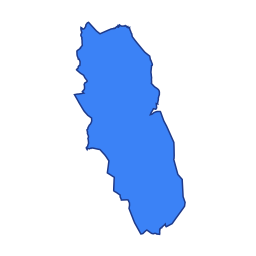 Morelos, Michoacán, Mexico, rotated 265°
{"feature_id": "50627088B83607479141313", "entity_name": "Morelos", "entity_type": "district", "adm_level": 2, "iso_a3": "MEX", "parent_name": "Mexico", "parent_adm1": "Michoacán", "projection": "mercator", "projection_center": [-101.41, 19.992], "detail": "fine", "context": "isolated", "style": "filled", "palette": "blue", "viewbox_px": 256, "rotation_deg": 265, "n_neighbors": 0, "source": "geoboundaries", "source_scale": "gbopen_adm2", "svg_char_len": 4973}
<svg xmlns="http://www.w3.org/2000/svg" viewBox="0 0 256 256"><g transform="rotate(265 128 128)"><path d="M165.9,77.6L158.7,80.9L158.2,81.1L157.7,81.3L153.4,83.4L151.5,84.3L148.7,85.7L148.1,86.1L146.9,87.0L146.1,87.6L144.1,89.1L142.6,90.9L142.4,91.1L142.2,91.3L141.1,92.6L140.3,92.5L138.4,92.5L137.5,92.2L137.2,92.1L136.6,91.8L135.5,91.0L135.0,90.8L134.6,90.2L134.2,89.7L131.7,88.1L130.5,87.9L129.9,87.0L128.7,87.0L127.5,87.4L126.7,87.1L126.3,87.1L125.7,87.2L123.5,87.9L123.2,87.9L121.9,87.7L121.3,87.2L120.6,87.2L119.8,87.4L116.3,87.4L114.6,86.6L113.1,86.1L112.7,85.5L112.2,84.8L111.3,84.8L110.1,85.4L110.5,85.6L111.0,85.8L111.1,86.2L111.0,86.9L110.6,87.6L111.1,88.9L110.9,89.4L111.2,89.7L111.1,91.2L108.9,98.3L106.7,99.9L103.3,102.5L101.4,103.7L98.4,105.3L96.9,106.1L91.7,105.0L85.1,103.5L80.1,110.0L79.2,110.0L78.8,109.8L77.3,109.6L67.1,108.3L66.3,108.6L64.8,110.8L63.8,112.0L63.7,112.1L61.9,114.3L59.9,114.2L59.5,114.4L58.0,114.9L57.1,115.1L56.8,115.1L56.6,119.6L56.6,120.3L56.5,121.0L56.4,121.2L56.1,122.0L54.8,122.3L53.5,122.9L51.0,122.8L50.1,122.6L47.8,122.0L46.4,122.4L41.9,123.7L37.9,124.9L36.7,125.2L32.9,126.4L29.1,128.1L21.3,131.6L21.4,132.7L21.6,133.7L23.1,135.5L24.2,137.0L24.7,137.9L22.5,140.5L21.7,141.4L21.0,142.3L20.6,143.3L20.4,144.0L20.5,144.5L20.7,145.0L20.6,146.2L20.3,147.0L19.8,147.5L19.7,148.7L19.3,150.2L20.0,150.4L22.9,150.6L23.4,150.7L23.8,150.7L23.9,151.0L24.3,150.9L24.5,150.9L24.8,151.1L25.5,151.8L25.5,152.4L25.6,152.7L25.8,153.1L26.5,153.3L27.9,155.4L29.0,156.7L28.3,156.7L26.7,157.2L26.4,157.3L26.3,157.5L26.8,158.7L28.9,163.6L30.4,164.9L33.0,167.1L33.6,167.6L36.0,169.7L42.8,175.6L45.1,177.5L49.0,178.4L49.6,178.2L51.5,177.7L53.3,177.3L54.7,176.9L54.9,176.9L72.1,177.5L73.3,176.6L77.4,173.6L82.3,172.7L92.9,170.8L93.6,171.2L95.9,171.5L96.0,171.5L96.6,171.6L105.3,172.2L109.7,172.4L123.6,167.6L127.0,166.4L127.4,166.2L131.9,164.3L135.2,163.4L140.9,161.9L141.6,161.6L141.8,160.1L141.9,158.4L141.6,156.9L141.1,155.4L140.8,154.8L139.9,153.5L139.5,152.5L139.3,151.4L140.3,151.9L141.8,152.7L142.8,153.5L144.0,154.4L145.0,155.0L144.3,157.3L144.8,157.7L145.2,158.0L145.6,158.3L148.0,158.3L149.8,158.3L149.6,158.7L149.5,158.9L149.5,159.5L149.4,159.7L150.1,159.6L153.6,160.7L154.8,160.8L155.3,160.8L156.1,161.2L156.6,161.3L157.4,161.6L158.3,162.1L160.7,162.4L162.1,162.3L163.6,161.6L164.4,160.8L164.8,160.4L165.5,159.6L166.0,158.9L166.4,158.5L166.6,158.2L166.9,157.9L167.2,157.7L167.4,157.5L167.8,157.1L169.1,156.2L170.5,155.1L171.0,155.3L171.4,155.5L174.2,155.6L174.3,155.6L174.5,155.6L176.0,155.9L177.9,155.8L179.6,155.8L180.6,155.7L181.6,155.7L183.3,156.0L187.8,156.9L188.1,156.9L188.2,157.2L188.4,157.6L189.2,157.8L189.4,157.8L190.8,157.4L191.9,157.1L192.3,157.0L193.1,156.8L193.4,156.7L193.5,156.7L193.7,156.3L197.7,155.9L199.2,154.3L199.6,153.9L200.7,152.7L202.2,151.2L203.2,150.5L206.2,148.4L206.9,147.9L207.8,147.3L212.3,144.2L214.9,142.5L218.6,140.2L221.6,139.9L221.7,139.7L222.9,139.3L223.0,139.3L223.4,139.2L223.7,139.1L223.9,139.1L224.1,139.1L224.3,139.0L225.1,138.7L225.8,138.5L226.6,138.4L226.8,138.3L227.1,138.2L227.8,138.1L228.0,138.2L227.8,137.0L228.4,136.9L228.6,136.8L229.0,136.7L228.6,135.8L228.8,135.7L229.3,135.6L229.6,135.4L230.0,134.3L230.3,134.1L230.2,133.9L230.0,134.0L229.8,133.8L229.9,133.2L230.0,131.8L230.0,131.7L229.9,130.9L230.0,130.7L230.4,129.8L230.5,129.6L230.8,129.1L231.2,128.8L231.5,128.6L231.1,127.9L230.9,127.3L231.1,127.0L230.9,126.9L230.7,126.8L230.6,127.0L230.4,127.3L230.2,127.3L230.1,127.5L229.9,127.7L229.8,127.8L229.2,127.1L229.3,126.9L229.8,126.2L230.0,125.9L230.0,125.6L229.7,125.2L229.1,124.5L229.1,124.4L228.6,124.1L228.7,123.9L228.7,123.3L228.7,123.2L228.7,122.9L228.3,122.9L228.3,122.5L228.3,122.1L228.2,120.7L228.1,119.6L227.8,118.9L227.4,117.5L227.3,117.2L227.2,116.9L225.2,111.0L224.3,108.3L227.3,105.1L229.6,103.3L229.9,103.1L230.8,102.4L236.7,97.9L236.3,96.7L235.6,96.1L235.2,95.7L234.7,95.3L234.3,95.0L234.1,95.0L233.8,94.9L233.2,94.8L232.8,94.7L232.1,94.1L231.9,94.0L230.9,93.2L230.7,92.8L230.4,91.7L230.6,91.6L231.1,91.1L231.4,90.9L231.9,90.5L231.9,90.3L232.2,89.9L230.5,89.7L229.9,89.9L229.4,89.8L228.3,90.1L227.0,90.3L225.8,89.5L224.9,89.2L224.2,89.1L223.6,89.3L222.7,89.7L222.5,89.8L221.9,90.0L221.4,89.8L220.3,89.8L219.3,89.9L217.0,89.7L216.0,89.7L215.4,89.7L214.4,89.7L213.8,89.2L213.5,89.0L213.2,88.7L212.1,87.5L211.6,87.6L210.6,86.0L209.8,84.6L209.1,83.8L205.2,83.6L203.9,83.8L202.7,84.2L200.9,84.5L200.9,85.2L198.5,86.0L197.6,86.0L197.1,85.9L195.5,85.7L195.0,85.6L194.5,85.4L194.5,84.8L193.5,83.8L192.2,83.6L191.4,83.0L191.4,82.8L191.4,82.6L190.5,81.8L189.4,82.7L189.3,82.9L188.9,83.3L188.7,83.5L187.5,84.6L186.4,85.8L185.6,86.9L184.4,88.4L181.7,89.5L178.7,91.4L178.2,91.4L177.6,90.9L177.0,89.9L176.8,89.1L175.2,88.1L173.3,88.3L172.3,88.2L171.5,88.2L170.2,87.8L168.3,85.7L167.7,86.2L166.8,86.8L166.6,87.0L166.3,84.1L166.2,83.2L166.2,82.3L166.2,82.1L166.1,81.5L166.1,81.2L166.2,80.3L166.0,79.1L166.0,78.9L165.9,77.6Z" fill="#3b82f6" stroke="#1e3a8a" stroke-width="1.5"/></g></svg>